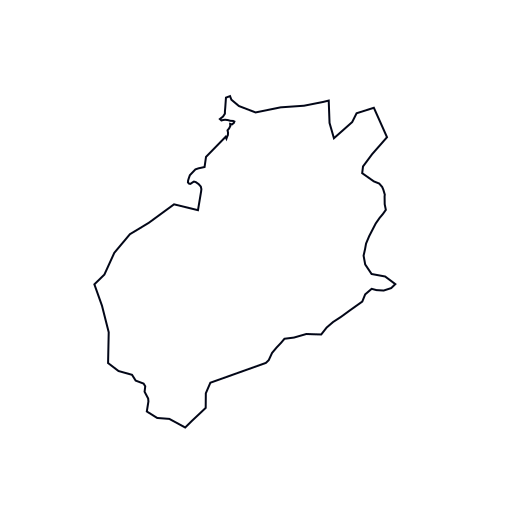 Guli, White Nile, Sudan (Mercator projection), rotated 220°
{"feature_id": "16777658B68520369405520", "entity_name": "Guli", "entity_type": "district", "adm_level": 2, "iso_a3": "SDN", "parent_name": "Sudan", "parent_adm1": "White Nile", "projection": "mercator", "projection_center": [32.427, 13.311], "detail": "fine", "context": "isolated", "style": "outline", "palette": "ink", "viewbox_px": 512, "rotation_deg": 220, "n_neighbors": 0, "source": "geoboundaries", "source_scale": "gbopen_adm2", "svg_char_len": 1663}
<svg xmlns="http://www.w3.org/2000/svg" viewBox="0 0 512 512"><g transform="rotate(220 256 256)"><path d="M199.1,88.7L196.9,107.3L206.2,118.6L209.5,129.6L179.7,180.5L179.3,184.4L181.4,192.1L181.4,199.2L181.0,205.6L181.0,210.9L174.5,217.9L167.3,228.6L161.4,233.2L155.6,237.8L155.9,246.6L154.5,255.1L151.8,263.9L149.0,275.2L145.3,289.4L147.7,296.8L146.3,305.2L141.8,307.3L136.0,311.6L131.8,318.3L131.2,324.0L143.9,323.3L155.9,316.5L166.9,319.7L173.8,325.4L176.9,331.4L179.7,336.3L182.1,344.1L185.2,357.9L185.8,364.6L185.8,369.9L186.2,374.8L190.7,378.4L195.8,384.3L196.8,385.8L201.0,388.6L203.7,390.0L208.2,390.7L213.7,388.9L227.9,387.7L231.6,393.4L232.5,408.7L232.0,431.2L250.9,440.4L261.0,445.3L270.7,430.0L268.4,420.4L272.0,396.3L285.2,405.2L300.2,421.8L303.5,417.3L315.8,402.0L332.7,385.7L348.6,365.7L365.5,359.9L375.3,359.9L378.7,361.8L380.8,358.0L375.0,350.0L372.9,347.0L371.3,345.0L370.9,341.6L371.7,337.7L369.6,337.6L368.7,338.9L367.3,340.5L364.8,342.1L362.7,343.0L361.6,343.8L360.4,344.7L359.0,345.1L358.5,343.7L359.0,341.3L360.7,340.6L359.2,339.0L358.6,336.3L358.6,334.0L356.7,332.5L355.3,330.6L354.8,328.8L354.1,326.9L355.9,327.8L358.0,299.8L352.6,291.1L356.4,286.2L358.1,283.4L358.6,275.4L357.4,272.2L356.5,270.1L355.4,268.6L353.7,268.4L352.6,269.1L351.9,271.6L351.4,273.1L349.6,273.9L346.1,274.2L342.9,273.7L340.8,272.1L339.5,270.1L329.9,253.8L352.0,242.9L359.5,212.4L366.6,191.7L366.6,167.4L360.2,144.3L361.6,130.4L342.0,118.9L319.8,102.9L300.5,78.9L287.4,79.5L274.6,85.3L268.1,83.2L260.1,86.0L257.1,85.0L254.1,80.4L247.0,77.5L244.9,75.4L239.7,66.7L227.6,68.4L217.7,75.5L200.0,79.1L199.1,88.7Z" fill="none" stroke="#020617" stroke-width="2"/></g></svg>